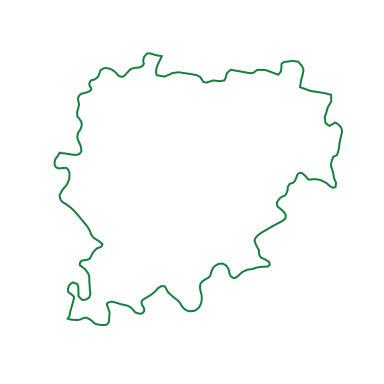 outline of Slawharad, Mogilev, Belarus, rotated 190°
{"feature_id": "67162791B95045439516357", "entity_name": "Slawharad", "entity_type": "district", "adm_level": 2, "iso_a3": "BLR", "parent_name": "Belarus", "parent_adm1": "Mogilev", "projection": "mercator", "projection_center": [30.947, 53.462], "detail": "fine", "context": "isolated", "style": "outline", "palette": "green", "viewbox_px": 384, "rotation_deg": 190, "n_neighbors": 0, "source": "geoboundaries", "source_scale": "gbopen_adm2", "svg_char_len": 4564}
<svg xmlns="http://www.w3.org/2000/svg" viewBox="0 0 384 384"><g transform="rotate(190 192 192)"><path d="M63.4,285.1L63.4,284.9L68.2,280.9L72.5,283.1L74.3,288.7L73.5,293.7L73.0,298.8L70.6,305.5L71.9,311.9L78.6,312.4L92.5,312.1L103.9,314.0L103.9,321.7L103.4,327.3L103.4,331.6L105.5,335.1L110.1,338.8L111.8,338.7L116.5,338.5L118.9,337.5L123.9,336.1L126.1,333.7L125.5,329.5L125.5,325.7L127.4,322.5L135.1,323.9L141.0,324.9L149.0,323.6L152.2,320.1L154.9,319.1L159.4,319.1L167.7,319.1L175.1,319.1L178.3,315.1L178.6,310.8L179.4,307.6L183.7,306.0L190.6,305.5L196.7,302.3L199.9,302.3L203.7,306.5L207.4,307.9L214.9,307.9L226.1,307.6L231.9,305.7L234.9,303.6L239.1,300.9L242.3,300.9L246.9,300.9L248.2,303.3L248.5,307.6L247.7,312.1L246.3,316.9L245.4,320.5L247.4,320.5L251.2,320.5L257.2,321.2L260.3,320.7L262.7,316.6L262.9,312.6L261.7,309.9L262.4,307.8L264.6,305.9L267.5,304.9L270.1,304.2L273.3,302.6L274.4,301.6L275.7,299.5L276.8,297.9L277.6,296.4L278.9,294.6L279.9,293.7L281.6,293.2L284.1,293.5L285.5,294.4L286.9,295.7L288.4,296.7L290.5,297.9L292.5,298.7L294.5,299.1L296.2,299.2L298.6,299.2L301.0,298.1L303.2,296.1L303.6,293.8L304.3,290.0L305.1,288.4L307.3,286.0L310.5,284.6L311.6,283.1L312.0,280.8L311.1,278.5L309.5,277.0L309.1,275.4L309.7,274.1L312.4,272.1L314.7,271.0L317.8,269.7L319.6,267.8L320.4,265.8L320.5,263.8L319.3,260.8L318.4,258.4L318.6,254.5L319.0,250.5L318.0,246.4L315.7,244.7L313.1,241.7L312.2,239.0L312.4,236.3L312.9,233.9L314.3,231.0L314.7,226.9L313.5,223.7L311.3,220.6L309.8,218.3L308.8,215.9L308.0,212.8L309.4,210.0L312.2,208.5L315.8,208.0L319.6,208.0L324.2,207.9L327.4,207.6L329.2,207.8L330.1,205.1L330.8,203.4L331.9,201.4L332.5,199.6L332.4,197.0L331.9,194.5L330.0,192.6L327.3,192.1L325.4,192.6L324.0,193.0L320.9,193.8L319.6,193.8L317.7,192.3L315.9,189.5L315.5,186.8L315.2,183.5L315.8,180.6L316.2,178.4L317.3,176.1L318.3,174.5L319.7,172.0L320.6,169.9L321.2,167.9L321.9,165.9L320.9,163.1L319.6,161.0L317.4,159.5L313.2,157.8L308.7,155.5L304.8,153.0L301.6,150.5L298.0,147.5L293.8,143.9L289.7,140.4L286.6,137.0L284.1,133.1L281.7,130.3L279.5,129.2L275.4,127.6L271.2,125.2L271.4,122.9L273.3,121.4L275.8,120.0L277.9,117.1L279.4,114.2L280.4,110.7L281.2,108.4L283.6,107.0L286.8,105.9L288.9,105.1L290.0,103.1L289.8,100.4L286.3,98.7L283.8,97.3L280.6,94.3L279.0,92.2L278.1,89.2L277.7,86.4L276.9,83.6L276.0,79.7L275.1,76.6L274.4,74.0L274.9,70.2L277.5,67.8L280.4,66.7L282.1,67.0L285.7,69.8L286.2,72.6L286.7,74.9L287.6,79.4L289.2,81.5L293.7,82.2L295.9,80.2L297.1,77.7L297.3,74.8L296.7,72.3L294.5,71.0L291.9,69.7L289.9,68.1L289.9,65.5L290.1,62.9L290.4,59.5L290.7,57.0L291.1,53.4L291.1,49.0L291.8,46.9L292.4,45.7L289.1,45.3L285.7,45.6L282.1,46.1L279.2,47.4L277.3,48.8L274.8,49.9L270.8,49.0L268.0,47.6L265.4,45.7L262.8,45.2L260.7,45.2L258.1,45.3L254.2,46.0L252.4,47.2L251.3,49.5L251.6,53.0L251.9,56.0L252.3,59.2L253.8,62.1L254.9,63.9L256.3,66.4L256.1,67.9L254.6,69.0L252.0,70.1L247.1,69.8L242.4,69.1L239.9,69.1L236.0,68.8L233.2,68.1L231.6,67.3L228.6,65.0L226.9,63.5L221.9,63.0L219.9,63.9L218.4,66.2L218.7,68.6L220.5,71.0L221.8,72.4L222.7,74.8L221.8,77.2L220.8,78.1L218.5,80.1L215.8,82.4L213.7,84.5L211.9,86.6L210.4,88.5L209.3,90.6L208.4,91.7L205.8,94.0L204.3,94.2L202.3,94.2L199.9,91.3L197.6,88.6L195.2,87.2L191.9,85.2L188.9,83.6L186.5,82.3L184.3,80.4L182.2,77.8L178.7,75.1L174.9,74.0L172.9,74.3L169.1,75.4L167.2,76.8L165.0,79.6L163.7,83.9L163.7,87.9L164.6,92.2L166.4,95.8L167.5,99.2L167.8,102.9L166.4,105.7L163.9,108.1L161.1,110.4L159.5,112.5L159.2,116.0L158.7,118.5L158.0,121.2L156.6,123.1L154.8,124.6L152.9,126.0L149.1,126.8L145.4,125.4L143.0,122.9L141.9,120.9L141.0,118.4L139.3,115.8L136.4,114.4L134.1,115.1L131.0,118.8L128.7,121.8L124.0,125.1L119.1,126.6L115.2,128.8L110.9,130.3L107.8,131.0L104.7,131.6L104.3,132.0L102.8,133.6L103.6,136.3L108.0,138.2L110.8,138.9L112.7,139.4L114.6,141.4L115.5,143.9L116.0,146.3L118.2,149.0L120.4,152.1L122.0,155.2L121.3,158.2L118.6,162.0L114.6,165.7L105.8,173.1L97.9,179.2L96.5,180.7L95.5,182.2L95.5,184.5L96.0,186.1L97.2,187.4L99.0,188.8L100.9,190.2L102.8,191.2L105.2,192.4L106.5,195.6L106.2,197.6L104.7,200.5L103.8,201.8L102.1,203.4L100.2,204.3L99.1,205.9L98.4,208.7L98.2,211.4L98.6,213.5L97.3,216.8L93.7,219.0L92.5,220.9L91.7,224.4L91.4,226.7L90.6,228.5L88.7,229.7L86.8,229.7L82.4,227.0L80.0,224.7L78.6,224.5L74.8,225.7L72.8,226.0L68.3,226.2L64.2,225.2L60.8,224.0L57.4,221.8L54.0,220.6L51.5,221.8L51.8,226.2L54.3,229.9L56.5,235.8L58.0,238.6L59.9,242.3L59.9,246.0L59.0,251.3L55.6,253.5L54.9,258.7L55.2,266.4L54.7,277.2L55.5,280.0L57.6,282.6L60.4,284.3L62.2,285.0L63.4,285.1Z" fill="none" stroke="#15803d" stroke-width="2"/></g></svg>